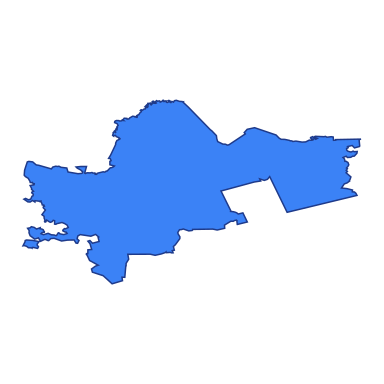 outline of Zebrenes pag., Dobele, Latvia
{"feature_id": "27541924B8969780539300", "entity_name": "Zebrenes pag.", "entity_type": "district", "adm_level": 2, "iso_a3": "LVA", "parent_name": "Latvia", "parent_adm1": "Dobele", "projection": "robinson", "projection_center": [22.874, 56.594], "detail": "fine", "context": "isolated", "style": "filled", "palette": "blue", "viewbox_px": 384, "rotation_deg": 0, "n_neighbors": 0, "source": "geoboundaries", "source_scale": "gbopen_adm2", "svg_char_len": 5932}
<svg xmlns="http://www.w3.org/2000/svg" viewBox="0 0 384 384"><path d="M357.0,195.4L355.9,193.3L354.5,192.0L352.3,191.8L352.5,190.0L346.9,188.6L341.5,188.0L344.3,183.9L347.1,182.9L349.7,181.0L349.4,180.4L350.1,179.3L350.9,176.9L346.1,172.8L347.4,171.4L346.2,170.4L347.4,168.6L346.5,168.0L348.0,166.3L348.8,164.8L348.0,162.5L345.9,161.2L344.9,161.3L344.5,159.0L343.0,157.5L346.2,156.2L347.4,157.5L350.8,157.3L352.6,156.2L354.1,156.2L354.8,155.6L356.9,153.3L357.2,151.5L354.2,151.7L353.1,151.1L351.5,151.9L350.2,151.9L347.7,151.1L346.7,150.1L346.6,148.4L347.9,148.0L348.3,147.1L347.7,146.5L352.2,145.5L354.5,147.9L359.5,146.5L359.7,145.9L359.1,139.7L361.0,139.1L335.7,139.6L335.7,140.2L333.5,140.3L333.2,137.0L331.2,136.7L326.9,137.2L325.5,136.4L323.9,136.7L315.2,136.3L314.7,136.6L314.8,137.6L317.3,138.4L315.7,139.3L314.4,138.4L312.8,136.6L310.6,137.5L310.5,137.9L311.5,138.9L313.0,139.2L313.3,139.6L312.8,140.0L311.0,140.3L309.3,140.1L305.7,141.9L302.1,142.1L295.9,141.1L292.8,141.5L291.9,140.9L290.1,140.8L289.5,140.4L284.8,139.4L281.1,139.3L279.1,138.1L276.1,135.0L254.6,127.7L247.2,129.3L244.2,132.6L245.3,133.9L228.9,144.8L227.3,145.1L225.5,144.2L222.9,144.1L217.7,141.6L216.8,138.8L216.4,135.6L211.8,130.8L210.3,129.7L188.3,107.1L183.4,102.5L183.5,101.8L182.8,102.0L182.1,101.5L179.6,101.4L176.3,100.3L174.4,100.7L173.5,102.1L171.9,101.4L170.9,102.6L170.1,102.2L170.2,101.1L168.9,100.4L168.3,100.6L168.8,101.4L168.7,101.8L167.2,102.5L166.3,102.1L166.5,101.0L165.4,100.9L164.0,101.6L163.7,101.2L163.7,100.5L163.1,100.2L162.5,100.6L162.1,101.3L160.2,102.1L160.0,101.3L159.6,100.9L157.4,101.2L156.6,100.6L155.2,101.8L156.3,103.0L155.8,103.3L153.9,103.2L154.1,102.0L153.7,101.3L153.1,101.1L152.1,101.9L153.1,102.7L152.2,103.2L152.2,103.8L151.2,104.9L150.8,104.7L150.9,103.9L150.6,103.0L150.3,103.0L149.9,103.6L149.4,103.3L147.8,103.4L147.8,103.7L148.4,104.0L148.3,104.6L147.0,104.6L145.0,106.7L145.7,106.9L145.9,106.4L147.0,105.6L148.0,106.1L148.0,106.6L147.8,106.8L146.7,106.8L147.6,107.0L147.5,107.4L145.7,107.6L145.3,108.9L144.1,109.0L142.4,110.3L141.6,109.8L140.7,110.0L140.4,110.5L141.3,110.7L141.3,111.7L139.7,113.1L138.8,114.7L138.0,114.8L137.5,115.6L136.8,115.6L136.8,116.3L137.2,116.7L137.1,117.3L136.3,117.3L135.7,116.6L135.0,117.0L134.2,116.4L132.7,116.2L129.7,117.9L128.9,118.9L127.1,119.1L126.9,118.4L124.2,118.2L123.3,119.4L122.6,119.7L123.6,120.5L122.3,120.4L121.2,120.9L119.5,121.0L118.9,120.6L116.6,120.5L115.2,121.0L114.7,121.7L114.6,122.6L117.2,123.7L118.1,125.5L117.0,126.6L117.3,127.4L116.9,127.5L116.2,128.6L117.1,128.7L117.0,129.8L115.6,130.0L114.5,131.0L115.4,131.5L115.7,132.3L115.5,132.5L114.8,131.8L113.6,132.2L113.1,132.8L113.3,133.1L112.6,135.4L113.7,136.2L113.8,135.6L115.5,135.4L116.2,136.6L118.2,137.4L118.7,138.0L119.0,137.8L120.0,138.7L119.7,139.2L116.9,140.5L115.9,142.5L115.6,143.4L115.7,144.3L114.7,146.5L110.6,155.1L108.6,158.4L110.3,158.6L111.1,160.7L109.9,161.3L109.9,164.8L114.4,166.0L113.7,166.7L111.7,167.7L110.3,167.8L107.2,171.0L106.1,171.1L105.6,171.7L104.4,172.1L103.2,171.8L97.8,173.1L97.2,173.4L96.7,174.3L95.3,174.3L95.4,173.5L94.8,173.5L94.7,173.0L92.9,173.1L92.0,172.5L90.2,172.9L87.0,172.8L85.4,173.5L84.7,173.1L86.5,166.5L80.7,166.5L76.1,167.0L77.3,168.2L80.6,169.9L82.0,171.3L82.6,171.5L82.6,172.8L81.7,173.4L78.0,173.7L68.0,172.0L66.8,168.0L61.0,167.3L58.9,166.2L57.9,166.5L55.7,166.2L52.7,167.1L51.4,168.9L38.8,165.3L36.2,164.9L32.7,161.9L28.8,161.4L27.3,161.9L25.7,166.7L24.6,170.2L24.2,175.2L25.4,176.6L28.2,178.3L30.0,181.4L30.2,182.5L31.7,182.7L32.3,182.4L33.1,183.6L34.3,183.7L34.3,184.0L34.0,184.8L30.1,185.5L31.6,188.4L31.5,189.3L33.5,191.3L32.0,192.0L31.7,192.8L33.3,194.2L33.0,195.8L32.0,196.2L30.7,199.1L28.5,199.8L25.6,198.4L23.9,199.2L27.9,201.9L30.2,202.0L32.5,200.5L34.9,202.0L35.0,200.7L39.2,201.2L40.8,201.1L40.5,201.7L41.0,201.7L41.7,203.0L42.3,205.0L43.8,205.0L44.4,206.2L43.5,206.4L43.2,207.7L45.4,210.0L41.9,214.7L44.1,216.3L44.1,218.1L45.1,220.5L44.5,221.2L45.0,222.1L45.8,221.9L46.7,220.1L49.6,222.0L50.6,222.3L52.2,221.6L53.2,220.3L54.6,220.7L54.6,224.1L55.9,224.3L56.7,223.7L62.0,222.5L64.7,223.6L67.1,225.1L68.3,227.5L65.2,228.9L64.4,228.6L62.8,230.2L62.9,230.9L65.1,232.0L66.3,232.2L67.1,233.5L63.8,234.6L60.0,233.9L59.2,233.0L58.3,232.8L56.5,235.5L55.8,235.6L54.3,235.0L51.4,234.8L48.1,233.3L43.5,234.7L41.0,233.7L42.1,232.5L44.3,232.3L44.4,231.7L43.6,230.7L43.3,229.8L42.0,229.1L40.0,228.7L40.2,227.7L36.5,229.0L34.2,227.4L31.3,226.7L30.2,227.8L27.6,228.3L29.2,230.6L29.0,232.8L30.1,235.7L34.7,239.1L38.4,237.9L40.6,241.3L44.4,239.5L45.6,239.5L48.1,240.6L48.7,240.6L50.8,238.6L54.1,238.3L61.6,241.0L67.6,240.1L74.1,240.0L76.0,243.1L77.6,243.3L79.0,240.5L77.1,238.9L77.8,236.0L80.2,234.6L90.9,236.2L95.6,234.4L98.7,237.0L98.1,237.4L99.1,241.5L92.5,243.2L89.9,240.5L87.9,241.2L90.0,243.7L91.7,249.5L87.9,249.8L87.8,253.6L86.5,253.6L86.4,254.5L87.0,255.0L89.6,260.5L98.2,265.2L95.5,266.1L91.5,269.0L92.4,272.2L103.2,275.7L112.1,283.8L122.5,280.7L122.0,277.2L124.8,277.3L125.8,265.9L126.1,265.8L126.1,263.4L128.7,259.2L127.8,254.3L150.2,254.2L155.1,255.3L161.5,253.9L164.9,252.7L165.8,252.1L165.7,252.5L166.4,252.7L170.1,252.4L171.8,252.9L173.1,252.8L172.2,250.6L174.3,250.2L173.4,246.5L175.3,244.8L179.8,238.7L179.9,236.8L178.1,233.9L177.8,232.5L179.5,229.7L181.3,229.6L183.3,229.0L188.8,230.9L192.1,230.5L192.9,229.7L192.8,229.4L212.8,229.1L217.2,230.0L224.7,228.3L224.5,225.1L230.9,221.2L233.2,221.3L234.6,220.5L236.5,220.1L237.1,220.8L236.9,221.4L237.3,224.2L236.7,224.6L247.3,222.0L242.9,212.9L238.2,214.0L236.7,212.8L235.2,212.2L233.3,211.7L230.6,211.4L230.8,210.8L221.0,191.0L254.3,182.0L260.7,181.0L259.7,178.9L264.3,180.4L267.5,179.3L269.7,176.6L287.1,212.3L357.0,195.4ZM39.1,241.6L32.7,240.4L26.5,240.0L25.2,240.5L25.0,241.8L23.0,245.8L24.2,245.6L26.0,246.1L27.2,246.7L28.3,247.7L31.8,247.9L32.1,248.2L32.4,247.5L33.6,247.5L37.6,248.4L38.5,246.8L37.2,245.1L37.2,244.0L39.1,241.6Z" fill="#3b82f6" stroke="#1e3a8a" stroke-width="1.5"/></svg>